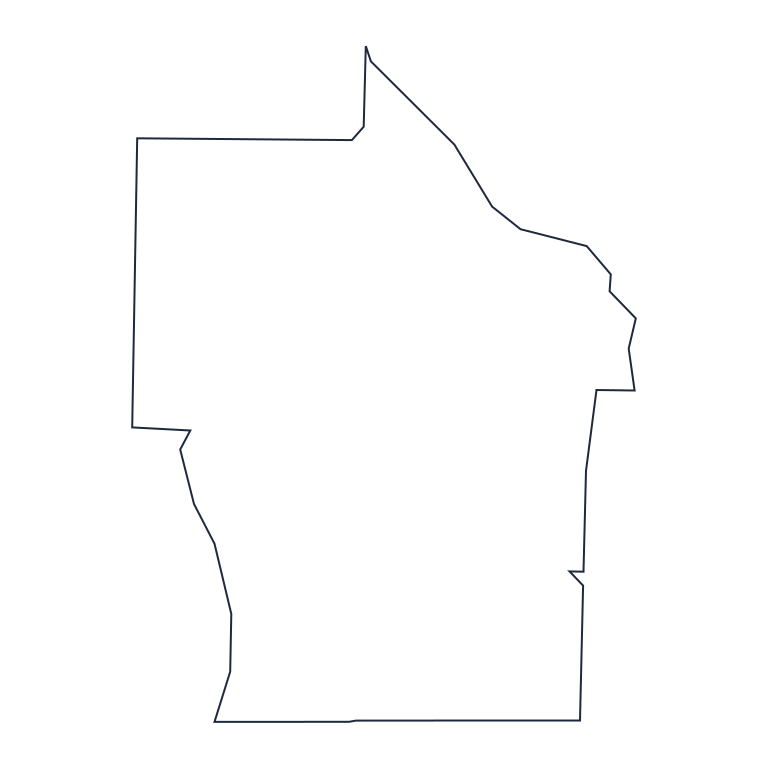 Terrell, Georgia, United States of America
{"feature_id": "52423323B62158301450735", "entity_name": "Terrell", "entity_type": "district", "adm_level": 2, "iso_a3": "USA", "parent_name": "United States of America", "parent_adm1": "Georgia", "projection": "equal_earth", "projection_center": [-84.412, 31.794], "detail": "fine", "context": "isolated", "style": "outline", "palette": "slate", "viewbox_px": 768, "rotation_deg": 0, "n_neighbors": 0, "source": "geoboundaries", "source_scale": "gbopen_adm2", "svg_char_len": 497}
<svg xmlns="http://www.w3.org/2000/svg" viewBox="0 0 768 768"><path d="M214.5,721.9L349.0,721.8L356.1,720.6L580.0,720.5L583.1,585.6L569.5,571.4L583.5,571.7L586.0,470.8L596.5,390.0L634.6,390.5L628.7,348.6L635.8,318.4L609.6,291.3L610.8,274.4L586.7,246.1L520.5,229.2L492.1,206.6L454.4,144.6L370.9,61.4L365.8,46.1L363.7,126.7L351.9,140.1L137.2,138.3L132.2,427.4L190.3,430.5L180.2,449.5L194.0,504.0L214.5,543.7L231.3,613.9L230.2,671.7L214.5,721.9Z" fill="none" stroke="#1e293b" stroke-width="2"/></svg>